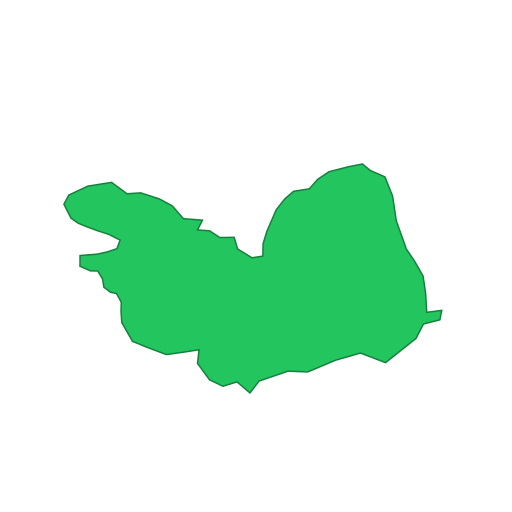 the district of Petra, Cyprus, rotated 319°
{"feature_id": "46923920B47303866383678", "entity_name": "Petra", "entity_type": "district", "adm_level": 2, "iso_a3": "CYP", "parent_name": "Cyprus", "parent_adm1": "", "projection": "orthographic", "projection_center": [32.906, 35.122], "detail": "fine", "context": "isolated", "style": "filled", "palette": "green", "viewbox_px": 512, "rotation_deg": 319, "n_neighbors": 0, "source": "geoboundaries", "source_scale": "gbopen_adm2", "svg_char_len": 1116}
<svg xmlns="http://www.w3.org/2000/svg" viewBox="0 0 512 512"><g transform="rotate(319 256 256)"><path d="M111.0,218.2L106.8,239.4L113.6,253.0L123.7,271.6L138.0,280.9L151.5,289.4L141.4,298.7L139.7,319.0L145.6,332.6L159.1,338.5L161.6,355.4L176.3,352.4L204.6,363.9L218.9,377.4L247.6,386.8L271.2,397.8L283.8,421.5L322.6,423.2L337.8,417.2L352.9,424.8L360.5,418.9L347.9,410.5L359.7,395.2L368.9,380.8L372.3,363.9L374.0,349.5L379.0,336.8L384.9,321.6L398.4,300.4L405.2,280.9L398.4,266.5L396.7,256.4L384.9,249.6L374.8,244.5L366.4,240.3L352.9,238.6L340.3,240.3L326.8,231.8L315.0,231.8L301.5,234.4L280.4,244.5L269.5,251.3L261.1,260.6L251.8,254.7L246.7,238.6L251.8,227.6L240.8,218.3L237.5,206.5L229.0,198.0L239.1,193.8L225.7,180.2L225.7,163.3L220.6,149.7L210.5,132.8L199.5,124.4L195.3,105.7L175.1,93.0L154.7,87.2L145.0,90.9L141.2,106.1L143.4,114.8L147.2,122.4L153.1,133.2L159.0,142.9L163.9,154.9L155.8,159.2L146.6,155.4L137.5,150.5L123.5,140.2L116.4,148.3L121.3,158.6L126.7,163.5L125.1,172.7L120.7,179.8L122.4,187.9L126.1,192.8L124.0,202.5L118.0,209.0L111.0,218.2Z" fill="#22c55e" stroke="#15803d" stroke-width="1.5"/></g></svg>